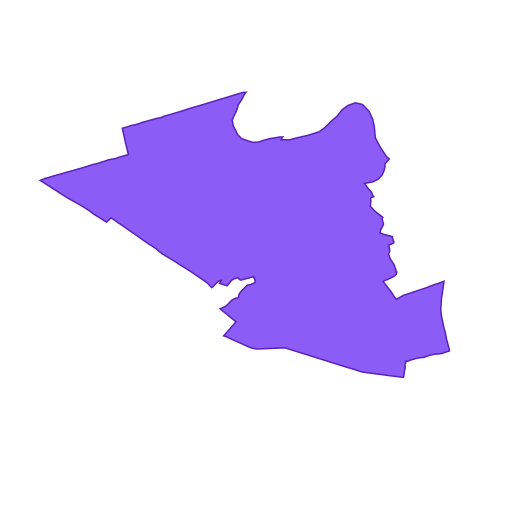 outline of Malu Mare, Dolj, Romania, rotated 155°
{"feature_id": "2599482B22057197268222", "entity_name": "Malu Mare", "entity_type": "district", "adm_level": 2, "iso_a3": "ROU", "parent_name": "Romania", "parent_adm1": "Dolj", "projection": "natural_earth1", "projection_center": [23.851, 44.259], "detail": "fine", "context": "isolated", "style": "filled", "palette": "violet", "viewbox_px": 512, "rotation_deg": 155, "n_neighbors": 0, "source": "geoboundaries", "source_scale": "gbopen_adm2", "svg_char_len": 5324}
<svg xmlns="http://www.w3.org/2000/svg" viewBox="0 0 512 512"><g transform="rotate(155 256 256)"><path d="M419.6,415.7L402.2,388.1L397.5,381.7L394.7,377.8L391.5,373.1L388.0,367.6L386.8,365.5L385.7,362.9L382.9,358.8L377.2,349.9L376.4,350.1L373.6,350.9L372.4,351.4L371.1,351.7L354.3,323.0L352.5,319.6L351.2,317.4L349.8,315.0L348.1,312.0L346.7,310.0L346.0,309.0L345.1,307.4L343.5,304.9L342.8,303.5L342.6,303.1L342.3,302.2L342.0,301.2L341.0,299.5L339.9,297.2L339.1,296.3L337.8,294.2L332.6,286.5L330.9,283.9L329.9,282.2L328.3,279.6L325.5,275.4L323.7,272.6L322.0,269.9L319.9,266.4L316.8,261.2L314.8,257.9L312.9,254.6L311.6,252.3L310.9,250.3L309.6,246.1L309.3,246.1L308.3,246.3L306.8,246.8L304.6,247.7L302.5,248.5L301.3,248.8L300.1,249.0L299.8,248.9L299.3,248.9L298.8,248.8L298.1,248.7L297.7,248.5L300.6,246.7L298.3,244.4L294.9,241.3L294.2,241.5L292.1,242.4L289.0,244.0L287.6,244.4L286.2,244.5L285.2,244.5L283.9,244.3L282.7,244.2L282.1,244.0L281.8,243.8L281.5,243.5L281.3,243.0L281.1,242.3L280.7,241.4L280.3,240.9L279.8,240.5L277.0,240.0L273.8,239.5L272.4,239.1L271.7,239.0L270.3,238.9L268.9,238.6L267.8,238.4L266.9,238.3L267.1,237.1L266.6,237.1L267.5,232.8L269.0,232.4L270.3,232.3L271.7,232.3L273.2,232.5L274.9,232.9L275.6,233.2L276.6,233.1L278.8,232.4L284.0,230.3L285.1,230.0L286.7,229.1L288.1,228.0L288.7,226.8L289.3,226.2L290.0,225.9L290.9,225.9L291.3,226.1L292.0,226.3L292.6,226.3L293.3,226.4L295.8,226.2L296.5,226.2L298.3,225.6L303.9,223.4L304.5,223.2L305.6,223.2L309.9,223.3L310.9,223.3L301.9,204.7L305.6,203.2L315.9,198.6L319.1,197.3L318.6,196.9L317.0,195.4L315.2,193.2L313.5,191.1L307.1,183.8L304.1,180.3L300.1,175.6L298.7,174.4L296.1,172.3L295.2,171.8L293.3,170.8L285.1,167.4L276.4,163.8L269.7,161.0L268.1,160.0L266.5,158.7L264.4,156.7L250.7,144.2L236.6,131.3L222.4,118.3L214.3,111.1L209.2,106.3L207.9,105.4L198.2,99.2L183.0,89.5L173.7,83.7L173.1,84.3L170.3,88.6L168.4,91.1L167.4,92.8L167.4,93.6L167.1,94.3L166.5,94.9L165.6,95.8L164.8,97.4L162.6,96.5L159.1,96.3L157.2,95.9L153.7,95.4L150.8,94.6L146.8,93.2L142.6,92.8L138.4,92.2L134.4,91.1L132.1,90.1L129.0,89.2L124.5,88.7L120.8,88.2L120.2,90.4L119.5,94.1L118.4,100.4L117.0,105.7L116.6,107.6L116.0,111.6L114.0,120.3L112.4,126.1L110.8,130.1L107.0,137.0L105.2,140.2L104.0,141.8L102.9,143.3L101.6,145.6L100.7,146.8L100.3,147.4L99.7,148.3L99.4,149.0L99.0,149.5L98.5,150.3L97.6,151.6L97.0,152.6L96.3,153.7L96.5,153.7L100.3,154.0L103.5,154.3L106.1,154.7L107.3,154.7L110.0,155.0L112.2,155.2L113.4,155.1L118.9,155.7L131.3,157.1L137.2,157.8L139.0,158.1L139.8,158.0L143.2,157.7L147.1,157.5L147.1,157.8L147.3,158.5L147.5,159.0L147.8,159.5L148.0,160.0L148.1,160.5L148.0,161.2L148.0,161.8L148.2,163.1L148.4,164.4L148.5,164.8L148.5,165.4L148.5,165.7L148.6,166.1L148.7,166.6L149.0,167.9L149.2,168.9L150.4,174.1L150.5,174.8L151.2,177.5L151.5,179.3L149.8,179.4L149.0,179.4L147.8,179.3L147.3,179.2L146.8,179.0L146.6,179.0L146.0,179.1L143.1,179.1L140.1,179.2L138.8,179.4L138.2,179.6L137.6,180.0L137.4,180.2L137.0,180.2L136.7,180.2L136.1,180.6L135.9,181.2L135.7,181.4L135.1,181.8L135.1,182.1L135.5,182.3L135.8,182.6L135.8,182.8L135.5,183.4L135.3,183.7L135.0,184.0L135.0,184.3L135.0,184.7L135.0,185.3L134.9,186.5L134.5,189.8L135.6,197.3L135.1,199.7L135.1,201.5L134.7,202.1L133.4,203.2L132.6,204.2L132.4,205.2L132.0,205.8L131.7,206.5L131.9,206.7L131.9,206.9L131.9,207.3L131.7,207.4L131.5,207.8L131.2,208.9L131.3,209.7L130.8,209.7L128.9,209.6L127.8,209.6L125.9,209.6L125.7,209.7L125.4,210.0L125.1,210.3L125.0,211.2L124.7,215.3L124.1,215.9L128.5,219.5L130.9,221.5L133.8,224.5L133.6,224.6L133.3,225.2L132.9,225.9L132.4,226.5L132.0,226.9L131.7,227.2L131.3,227.5L130.9,227.8L130.4,228.2L130.0,228.4L129.9,228.5L129.6,228.8L129.3,229.0L128.7,229.5L127.9,230.1L127.6,230.3L127.3,230.5L127.1,230.8L127.0,231.0L126.8,231.4L126.8,231.6L126.5,233.8L126.2,235.9L125.5,236.7L124.7,237.5L129.3,246.3L131.3,252.7L128.6,257.4L127.4,260.4L124.2,260.0L124.7,262.5L124.3,264.6L125.5,268.7L126.7,274.3L127.0,275.9L126.3,275.7L122.7,274.8L118.7,273.8L112.9,274.0L107.6,276.0L103.9,279.2L101.1,282.7L100.3,285.0L94.2,287.5L95.8,291.2L97.4,302.8L97.9,312.7L94.0,323.5L92.4,330.6L92.4,339.2L95.5,348.4L101.1,352.8L108.7,353.6L116.0,352.2L123.5,348.4L129.8,346.7L138.8,343.4L146.2,341.9L157.8,343.4L169.5,345.9L176.8,347.2L184.0,350.7L183.1,351.6L181.4,352.6L184.4,353.9L189.0,355.1L194.0,356.6L200.2,357.6L206.0,358.3L210.8,360.3L215.3,364.4L219.4,368.5L221.3,373.5L221.4,378.2L221.6,383.4L220.2,389.0L217.3,391.8L214.1,394.3L210.8,397.4L208.3,400.4L202.0,404.4L199.6,406.3L196.6,408.3L195.9,408.6L199.1,409.9L205.9,410.8L233.2,414.7L243.9,416.2L252.0,417.5L256.2,418.1L262.3,418.8L270.7,420.0L280.2,421.5L281.2,421.6L282.4,421.5L284.0,421.7L286.8,422.3L287.7,422.7L291.7,423.3L297.5,424.3L299.0,424.5L302.0,425.1L303.6,425.3L305.2,425.3L307.1,425.6L309.4,425.9L310.9,426.2L313.4,426.9L318.5,427.5L323.2,428.3L325.0,419.9L326.4,413.9L327.2,409.8L328.5,403.3L328.7,401.9L335.8,403.0L338.3,403.4L340.0,403.6L341.0,403.6L342.0,403.6L344.0,404.2L346.5,404.9L348.0,405.2L348.6,405.4L360.9,406.9L362.6,407.3L364.8,407.8L365.5,408.0L366.1,408.0L367.0,408.1L368.2,408.2L369.8,408.4L376.8,409.4L393.4,412.1L404.5,413.9L407.4,414.4L410.7,414.8L413.0,415.1L413.8,415.3L414.3,415.7L415.1,415.4L415.4,415.3L415.7,415.4L416.1,415.5L417.3,415.6L418.6,415.6L419.6,415.7Z" fill="#8b5cf6" stroke="#5b21b6" stroke-width="1.5"/></g></svg>